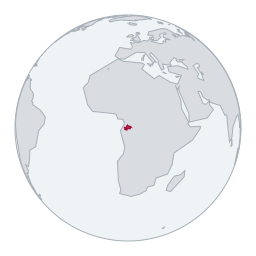 Wouleu-Ntem on an orthographic globe, rotated 16°
{"feature_id": "GAB-2187", "entity_name": "Wouleu-Ntem", "entity_type": "Province", "adm_level": 1, "iso_a3": "GAB", "parent_name": "Gabon", "parent_adm1": "", "projection": "orthographic", "projection_center": [12.153, 1.276], "detail": "fine", "context": "on_globe", "style": "filled", "palette": "rose", "viewbox_px": 256, "rotation_deg": 16, "n_neighbors": 0, "source": "natural_earth", "source_scale": "10m", "svg_char_len": 7366}
<svg xmlns="http://www.w3.org/2000/svg" viewBox="0 0 256 256"><g transform="rotate(16 128 128)"><circle cx="128" cy="128" r="113" fill="#eef3f6" stroke="#a8b0b8"/><path d="M58.2,39.6L59.5,38.6L62.4,36.5L63.1,36.0L65.9,34.1L69.7,31.7L71.4,30.6L75.7,28.3L76.0,28.2L74.1,29.6L70.6,31.7L69.6,32.5L73.7,30.4L68.0,34.7L65.6,38.3L64.0,39.7L59.4,41.9L57.4,41.8L51.5,46.1L56.3,43.1L52.2,47.1L51.9,47.8L52.8,47.6L54.7,46.1L53.5,47.6L48.3,50.8L49.3,49.5L50.9,48.4L49.9,48.5L46.4,51.3L44.6,53.4L41.2,56.5L39.8,58.1L38.3,60.0L40.7,57.0L36.4,62.6L34.0,65.9L39.3,58.6L45.1,51.8L51.4,45.4L58.2,39.6ZM16.8,110.2L16.7,111.1L17.6,106.5L18.6,104.0L17.4,110.5L18.9,104.6L18.8,107.8L21.6,107.7L21.1,109.2L23.2,117.2L27.5,120.9L28.5,125.8L27.8,128.7L29.7,129.7L29.8,131.7L39.2,135.2L45.5,140.4L46.3,147.3L42.9,155.0L44.4,171.5L39.7,176.5L41.5,183.1L43.1,192.5L39.8,191.5L43.9,196.3L44.7,199.1L43.4,199.1L46.0,202.4L45.2,202.4L47.6,204.6L50.5,208.7L54.4,212.2L57.5,215.4L60.2,217.4L59.8,217.3L60.6,218.0L62.0,219.1L59.1,217.1L53.7,212.6L51.3,210.4L50.7,210.0L45.1,204.1L46.1,205.2L38.5,196.2L33.5,188.6L22.9,166.4L21.2,161.9L19.1,156.6L17.9,151.8L16.2,142.1L15.4,132.3L15.5,122.4L15.6,120.5L16.4,113.0L16.8,110.2ZM23.7,85.5L22.6,89.1L22.1,89.8L22.4,88.8L23.1,87.0L23.7,85.5ZM27.5,77.2L27.3,77.6L27.4,77.4L27.5,77.2ZM75.2,28.5L75.4,28.4L74.5,28.9L75.1,28.6L75.2,28.5ZM78.4,26.9L78.2,27.0L78.4,26.9ZM94.8,20.4L94.7,20.4L96.4,19.9L94.8,20.4ZM100.3,18.8L98.7,19.2L98.9,19.2L100.3,18.8ZM65.3,221.2L60.1,217.8L62.4,219.4L60.5,217.7L64.5,220.2L65.3,221.2ZM61.3,217.0L61.2,216.2L62.2,216.7L62.5,217.5L61.3,217.0ZM238.3,105.0L237.5,102.0L239.0,110.0L240.0,115.8L240.5,123.4L240.5,122.6L239.9,115.4L239.4,112.9L238.2,105.8L235.4,95.4L235.2,97.2L234.0,93.1L230.0,84.9L229.2,87.3L228.6,98.0L230.5,108.7L229.4,113.4L223.1,98.1L219.3,88.1L217.6,89.1L210.5,81.0L200.1,80.7L198.1,78.2L196.2,79.4L191.2,77.1L187.9,73.2L185.1,73.5L193.6,83.9L196.6,83.7L198.4,79.5L200.2,83.4L205.0,86.8L201.5,96.4L185.2,105.5L182.7,97.6L166.0,77.1L166.0,74.8L165.9,74.6L165.7,74.1L165.0,77.8L161.8,74.0L171.7,87.9L173.7,94.2L184.9,105.9L184.1,107.2L187.5,109.7L197.3,106.4L197.5,109.1L193.4,121.7L179.1,139.4L180.5,151.2L178.7,161.4L168.8,168.3L168.7,176.1L163.4,179.0L162.4,183.5L157.6,188.3L150.0,192.9L138.1,193.3L138.1,189.2L133.3,181.5L127.0,162.7L130.8,153.9L130.1,147.2L121.4,132.7L123.4,124.5L120.8,121.1L115.8,122.1L112.8,118.2L109.6,118.2L89.4,121.8L82.8,116.8L73.9,101.5L77.2,95.1L77.1,88.1L99.6,64.1L105.2,65.1L123.9,61.7L126.3,62.4L125.0,67.5L139.7,73.4L143.4,69.0L155.9,72.3L163.6,72.1L164.8,62.6L152.1,62.7L149.1,58.3L158.5,54.4L169.4,55.0L168.5,53.3L160.9,49.6L162.7,46.8L158.2,48.2L160.6,49.8L157.8,50.9L155.5,49.6L156.2,48.5L152.7,47.8L150.2,53.6L152.3,55.9L143.6,57.1L146.4,61.1L144.3,63.1L138.9,57.1L138.8,54.9L129.4,49.1L128.6,51.4L137.5,57.3L135.0,56.9L134.1,60.7L132.9,57.5L123.4,51.0L115.1,52.9L105.7,62.7L100.5,63.8L95.6,62.3L97.8,52.9L109.0,51.5L109.9,48.7L106.6,45.0L110.3,45.1L110.3,43.6L114.5,43.2L119.2,39.4L123.3,38.9L124.1,34.8L126.3,34.1L125.2,36.6L126.6,38.4L136.6,37.9L138.2,37.0L137.9,34.5L140.7,34.9L139.2,32.5L144.4,31.6L136.8,31.0L136.3,28.6L138.9,26.9L137.3,26.1L133.1,29.0L132.7,30.4L134.5,31.6L132.1,35.9L128.9,36.8L126.2,32.3L121.4,33.2L121.4,29.8L132.8,23.2L138.0,22.2L148.9,24.8L148.2,26.0L144.0,25.6L148.9,27.9L148.0,26.8L150.3,27.3L150.4,25.6L152.1,25.9L149.4,24.0L151.4,24.2L153.1,25.4L155.0,23.6L158.9,24.0L158.5,23.5L157.0,22.9L163.0,24.0L162.5,23.6L160.3,23.1L157.8,22.0L155.8,20.7L158.0,21.1L159.0,21.7L164.4,23.7L166.8,25.4L167.5,25.5L166.0,24.2L159.3,21.6L157.5,20.7L160.8,21.8L159.4,21.3L159.2,21.1L161.0,21.3L157.5,20.2L152.0,18.0L152.9,18.2L160.7,20.2L168.3,22.8L175.7,26.0L182.8,29.6L189.7,33.8L196.3,38.4L202.5,43.5L208.3,49.0L213.8,55.0L218.7,61.3L223.3,67.9L227.3,74.8L230.8,82.1L233.9,89.5L236.3,97.2L238.3,105.0ZM92.9,75.7L92.5,77.8L92.9,75.7ZM181.8,60.9L187.8,61.4L183.6,55.7L185.6,55.6L183.4,53.9L183.3,55.4L177.9,50.8L179.9,49.3L178.4,47.1L176.3,46.9L173.5,50.4L181.2,56.7L180.5,59.0L181.8,60.9ZM21.7,107.7L21.9,109.0L21.3,108.9L21.7,107.7ZM21.2,92.3L21.1,92.5L20.8,93.5L20.7,93.8L21.2,92.3ZM23.1,92.7L23.5,93.3L22.7,93.7L23.1,92.7ZM22.4,89.8L22.7,92.5L21.3,94.2L21.3,92.7L21.8,92.2L22.4,89.8ZM25.6,81.1L25.4,81.6L24.9,82.7L25.6,81.1ZM27.3,77.6L27.2,77.7L27.7,76.8L27.3,77.6ZM52.5,46.9L52.9,46.7L53.3,46.9L52.4,47.5L52.5,46.9ZM59.9,44.3L57.8,46.8L58.6,45.3L56.8,46.4L56.4,45.0L63.2,40.3L60.2,42.6L59.9,44.3ZM57.6,42.2L57.1,43.3L57.4,42.3L57.6,42.2ZM106.3,37.0L108.0,37.6L106.9,39.3L101.8,40.9L103.3,38.4L106.3,37.0ZM110.7,38.3L109.5,34.0L112.7,33.1L111.1,34.3L113.3,34.1L111.4,36.0L115.6,39.9L114.9,41.7L105.8,43.1L109.2,41.5L107.2,40.7L110.7,38.3ZM100.8,27.3L100.3,26.3L107.8,25.7L107.4,26.8L102.3,28.2L99.7,27.7L100.8,27.3ZM84.8,24.0L84.2,24.3L85.1,23.9L86.4,23.4L84.8,24.0ZM96.4,19.9L93.4,20.8L94.6,20.5L88.7,22.9L87.6,23.2L85.5,24.7L81.8,26.2L83.3,25.1L78.9,27.6L78.8,27.2L76.1,28.9L79.9,26.3L79.6,26.3L81.3,25.6L84.7,24.2L86.1,23.6L89.8,22.1L90.1,21.9L96.4,19.9ZM120.2,16.6L117.4,16.7L121.0,17.0L117.8,17.4L118.4,17.4L116.4,18.0L115.1,18.8L113.5,18.9L113.7,19.2L112.4,19.7L112.1,20.2L109.1,20.7L108.5,21.4L107.5,21.3L107.2,22.4L106.1,21.9L104.3,22.7L106.3,22.8L91.2,26.2L85.7,28.6L81.7,31.1L80.3,30.2L83.1,27.6L88.1,24.6L93.5,22.6L91.9,22.8L94.1,22.0L94.5,22.2L95.1,21.4L97.0,20.8L101.4,19.2L101.2,18.8L102.8,18.3L103.8,18.2L104.7,17.9L107.7,17.4L109.0,17.1L113.1,16.6L114.3,16.8L115.6,16.5L118.8,16.3L120.2,16.6ZM113.1,16.3L114.8,16.2L114.1,16.4L107.1,17.3L105.6,17.7L101.1,18.6L101.4,18.5L109.2,16.9L109.4,16.9L110.9,16.7L113.1,16.3ZM128.6,60.4L130.5,60.6L133.2,60.3L132.6,62.8L128.6,60.4ZM122.1,56.1L123.6,55.7L124.2,58.8L122.3,58.8L122.1,56.1ZM124.0,53.0L123.7,55.4L122.8,54.1L124.0,53.0ZM126.6,36.3L128.2,35.9L128.6,36.5L127.9,37.4L126.6,36.3ZM130.2,18.9L128.7,18.7L129.1,18.5L127.4,17.7L129.6,17.5L131.5,17.9L130.2,18.9ZM162.9,64.2L161.0,66.0L159.7,65.2L160.6,64.7L162.9,64.2ZM146.3,64.3L150.3,65.4L146.1,65.0L146.3,64.3ZM132.4,18.6L131.5,18.3L133.2,18.4L132.4,18.6ZM131.2,17.4L133.1,17.5L129.7,17.4L131.2,17.4ZM190.3,213.4L189.9,214.8L188.7,214.9L190.3,213.4ZM195.4,159.5L186.5,177.4L181.9,177.5L181.9,172.3L185.8,161.5L191.4,158.4L194.4,153.4L195.4,159.5ZM240.5,134.4L240.5,133.5L239.3,117.5L239.8,117.9L240.6,125.2L240.5,134.4ZM230.9,109.7L232.8,116.2L232.0,117.2L230.9,109.7ZM150.2,19.0L150.0,20.1L151.4,21.2L154.5,22.3L150.0,21.5L148.0,19.7L150.2,19.0ZM151.5,17.9L148.8,17.3L150.0,17.5L150.8,17.7L151.5,17.9ZM149.9,17.6L146.6,17.1L145.0,16.7L148.0,17.2L149.9,17.6ZM139.5,17.2L139.3,17.4L137.9,17.2L139.5,17.2Z" fill="#d9dde1" stroke="#a8b0b8" stroke-width="1"/><path d="M127.0,125.9L127.1,126.0L127.3,126.0L127.5,126.0L127.8,126.0L128.0,126.0L128.3,126.0L128.5,126.0L128.8,126.0L129.2,126.1L129.3,126.1L129.5,126.1L129.8,126.1L130.0,126.0L130.3,126.2L130.2,126.2L130.2,126.3L130.2,126.5L130.0,126.8L130.0,127.0L129.9,127.2L130.0,127.3L129.9,127.4L130.0,127.4L130.0,127.5L130.1,127.8L130.1,128.0L128.4,128.1L128.3,128.3L128.2,128.4L128.2,128.5L128.1,128.8L126.7,129.8L126.9,130.1L125.4,130.1L125.4,129.9L125.4,129.7L125.5,129.6L125.6,129.4L125.7,129.2L125.7,128.9L124.6,129.2L124.6,129.3L124.6,129.2L124.5,128.9L124.6,128.5L125.2,128.5L125.7,128.5L125.8,128.5L126.4,128.5L126.4,128.0L126.4,127.5L126.4,127.1L126.4,126.5L126.4,126.3L126.4,126.2L127.0,126.0L127.0,125.9L127.0,125.9Z" fill="#f43f5e" stroke="#9f1239" stroke-width="1.5"/></g></svg>